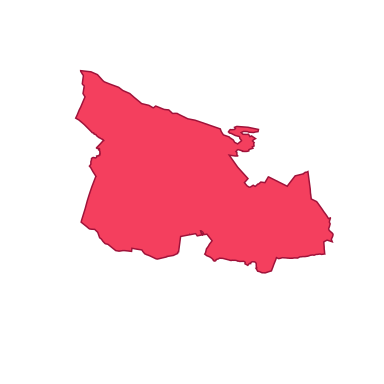 the district of Smiltenes pag., Smiltenes, Latvia, rotated 22°
{"feature_id": "27541924B96099783973372", "entity_name": "Smiltenes pag.", "entity_type": "district", "adm_level": 2, "iso_a3": "LVA", "parent_name": "Latvia", "parent_adm1": "Smiltenes", "projection": "robinson", "projection_center": [25.881, 57.456], "detail": "fine", "context": "isolated", "style": "filled", "palette": "rose", "viewbox_px": 384, "rotation_deg": 22, "n_neighbors": 0, "source": "geoboundaries", "source_scale": "gbopen_adm2", "svg_char_len": 5886}
<svg xmlns="http://www.w3.org/2000/svg" viewBox="0 0 384 384"><g transform="rotate(22 192 192)"><path d="M291.8,129.6L290.9,130.7L289.6,131.3L289.4,131.6L289.2,132.2L288.9,132.5L288.3,133.3L288.4,133.5L281.6,138.4L280.8,141.2L278.5,149.4L278.2,151.0L269.4,150.3L257.3,149.3L257.1,149.4L256.1,156.0L252.1,157.0L250.7,159.7L250.1,159.9L248.6,163.1L248.3,163.2L246.2,162.8L244.3,165.5L243.3,166.1L240.8,165.7L237.1,163.7L238.9,158.6L225.1,151.9L212.7,143.9L218.3,142.5L221.4,141.3L220.8,141.3L219.8,140.7L219.4,140.2L219.0,138.9L218.7,138.4L217.6,138.1L218.1,136.5L218.3,135.9L218.7,135.5L219.0,135.4L222.1,135.1L223.5,135.0L223.6,135.4L226.2,134.5L226.8,134.1L227.6,133.9L229.3,132.6L228.9,131.4L230.0,130.3L230.1,130.1L230.6,129.9L231.4,129.2L232.1,128.7L231.0,127.6L232.3,126.1L231.0,123.9L231.2,123.0L229.0,122.0L229.4,120.7L230.5,119.2L230.9,118.7L226.2,117.7L225.0,118.9L222.7,117.3L221.2,118.1L217.6,119.4L215.3,118.5L216.5,117.1L217.2,116.5L220.7,115.2L222.4,115.2L226.8,113.8L228.2,112.7L230.6,111.3L230.2,109.1L219.7,111.0L209.0,114.4L207.2,116.1L208.5,116.9L207.8,118.2L205.4,119.4L204.1,119.8L203.7,120.7L203.3,122.5L203.7,122.5L203.8,122.8L204.2,123.1L205.0,123.3L206.0,123.0L206.5,123.0L210.9,123.4L214.7,122.9L215.1,122.9L215.5,123.1L216.3,124.4L217.3,125.0L218.0,125.3L218.3,125.6L218.7,125.9L216.3,130.3L212.9,130.0L210.8,128.3L208.0,127.7L206.9,127.5L205.8,127.0L199.7,127.3L197.4,125.7L196.3,124.8L195.1,123.5L194.6,122.9L184.9,123.4L171.0,124.1L167.9,124.3L160.7,125.7L151.0,125.0L148.8,124.7L147.1,125.3L144.9,126.3L144.5,126.4L144.1,126.3L139.7,124.6L135.6,125.8L134.9,125.9L126.2,125.9L126.0,126.1L124.8,128.3L124.2,128.5L119.6,127.8L112.2,128.9L102.5,125.8L97.4,124.0L89.8,123.8L84.8,122.4L75.2,122.7L70.4,122.7L69.4,122.7L67.8,122.2L66.3,121.5L60.4,118.6L53.3,118.4L43.3,121.2L43.6,121.8L44.2,122.3L44.7,122.5L45.1,122.9L46.4,123.9L47.4,124.5L47.8,125.1L49.1,130.4L49.4,131.4L49.6,132.5L50.0,133.0L50.6,133.4L51.7,133.7L52.2,134.0L52.4,134.3L52.6,135.1L52.8,135.4L52.7,135.7L53.0,136.2L52.9,136.5L53.9,140.8L53.9,141.1L54.0,141.4L54.5,141.9L57.2,143.9L57.1,147.3L57.0,154.7L56.7,158.2L56.7,163.7L56.5,167.1L60.2,167.6L66.8,169.8L75.7,173.6L77.1,174.3L77.5,174.4L78.4,174.1L78.8,174.1L79.1,174.4L79.1,174.6L79.2,174.8L79.5,174.9L80.5,174.9L81.4,174.7L82.1,175.3L82.7,175.6L84.0,176.0L84.3,176.1L84.7,176.2L85.1,176.2L85.4,176.4L85.6,176.3L86.5,176.5L86.8,176.4L87.2,176.6L88.9,176.7L89.0,176.8L89.5,176.7L90.0,176.9L90.1,177.2L90.5,177.1L90.9,177.4L90.8,177.5L90.5,177.5L90.4,177.5L90.4,177.8L88.7,182.4L87.0,186.5L86.9,186.7L87.0,187.0L87.9,187.2L89.1,186.6L89.5,186.5L89.9,186.6L90.2,186.8L90.3,187.1L90.3,187.4L90.1,187.5L89.9,187.5L89.9,187.3L89.6,187.2L89.6,187.4L89.7,187.8L90.1,187.7L90.4,187.8L90.4,188.1L91.1,188.5L91.4,188.9L91.5,189.3L91.8,189.5L91.9,190.2L92.1,190.3L92.4,190.6L92.4,190.8L92.2,191.2L92.2,191.5L92.3,191.7L92.6,191.7L92.8,192.0L92.0,192.7L91.9,192.9L92.0,193.4L90.8,193.9L90.1,194.4L90.5,195.0L90.4,195.7L90.1,196.2L89.7,196.6L89.3,196.7L88.0,196.8L87.7,196.9L87.6,197.1L87.2,197.2L86.6,197.9L86.3,198.8L86.8,200.0L86.8,201.5L87.3,202.9L87.8,204.0L87.5,205.7L87.2,206.4L88.9,207.3L92.5,210.2L97.0,213.4L96.9,213.5L97.0,213.9L97.2,225.0L97.7,233.2L98.2,239.3L99.2,247.5L100.2,259.4L100.5,261.5L107.2,263.5L110.2,264.5L111.0,264.6L112.9,264.1L115.8,263.1L119.7,264.7L123.5,269.0L125.6,269.6L127.9,271.1L130.5,272.3L131.1,272.4L133.7,272.0L143.2,274.9L146.4,274.2L147.2,273.8L149.7,272.3L151.4,271.6L154.5,270.7L158.2,269.7L157.4,266.7L159.6,266.2L159.8,266.2L162.5,265.6L167.2,264.5L168.6,265.5L169.8,266.2L171.3,267.0L174.0,267.1L174.5,267.0L177.1,267.0L183.2,267.4L183.9,267.4L185.1,267.1L192.5,261.9L193.3,261.1L193.2,260.9L193.9,260.6L198.5,257.8L200.4,255.7L201.7,254.4L201.3,253.4L201.5,253.0L202.0,252.6L198.1,237.5L205.7,232.6L205.7,232.4L205.9,232.5L210.9,229.3L211.8,229.7L213.3,230.7L214.4,230.0L216.9,228.3L217.4,228.2L214.5,224.8L215.0,224.6L215.3,224.8L216.3,224.9L217.5,225.5L217.7,225.8L217.6,226.3L218.2,226.3L218.2,226.5L217.8,226.9L217.8,227.0L218.3,227.5L221.6,225.5L228.9,229.7L227.7,234.1L227.5,236.1L226.7,239.3L227.3,243.3L227.1,244.8L229.5,245.5L232.6,245.5L234.7,245.9L236.5,246.6L236.9,247.0L237.3,246.9L237.6,247.5L238.5,247.7L239.6,247.0L239.8,246.5L239.7,245.7L240.6,244.8L241.6,244.1L242.2,243.1L245.4,242.0L252.9,241.0L253.0,241.1L253.7,240.9L254.4,240.6L254.5,240.5L254.6,240.3L254.8,240.2L256.1,239.8L256.4,239.6L257.0,239.4L258.1,239.0L258.9,238.9L259.3,238.8L259.7,238.8L259.9,239.0L260.1,239.0L260.3,238.8L262.3,238.5L265.9,236.9L267.3,237.1L267.7,237.3L268.0,238.7L271.2,239.1L272.0,236.7L273.2,236.4L273.0,235.4L273.9,234.1L274.5,233.9L276.0,233.3L277.2,233.5L278.0,234.0L278.3,234.2L278.5,234.6L279.4,236.8L280.4,238.1L279.8,238.7L280.5,239.2L282.5,240.8L284.9,240.5L287.0,240.7L290.3,239.5L293.3,236.9L295.2,235.4L295.1,231.0L295.0,229.0L295.0,223.6L294.9,221.2L297.0,221.3L297.4,221.3L299.1,220.1L300.0,219.3L300.5,219.0L301.8,218.6L303.5,218.0L305.6,217.4L306.4,217.1L307.5,216.8L309.9,215.8L311.7,214.7L314.3,213.8L314.6,213.7L315.0,213.3L315.4,212.9L315.8,212.3L316.2,211.8L317.5,211.2L318.9,210.4L321.1,209.5L321.5,209.2L322.6,208.6L323.6,208.0L325.5,206.3L326.9,205.5L327.4,205.2L328.8,204.9L329.3,204.5L330.4,203.4L331.4,203.0L333.6,201.7L334.1,201.5L335.2,201.4L335.6,201.3L337.1,200.4L338.3,199.7L338.2,199.6L336.6,196.5L335.9,195.3L335.2,193.6L332.9,189.0L334.1,187.3L335.3,186.0L340.7,185.6L339.1,183.9L338.9,183.4L338.9,182.8L339.0,181.6L339.0,180.1L338.8,179.0L338.6,178.4L338.2,178.0L337.5,177.6L333.8,176.3L333.2,175.8L332.6,175.2L332.4,174.4L332.4,173.7L332.4,172.8L332.2,171.3L332.1,170.2L331.9,169.6L330.8,168.7L330.4,167.7L330.1,164.3L330.0,164.2L328.5,165.5L325.6,163.4L321.1,160.6L319.4,159.4L311.7,154.5L310.9,154.2L305.2,153.8L304.3,152.2L302.8,149.5L302.7,149.5L301.8,147.7L301.2,146.4L300.4,144.8L291.8,129.6Z" fill="#f43f5e" stroke="#9f1239" stroke-width="1.5"/></g></svg>